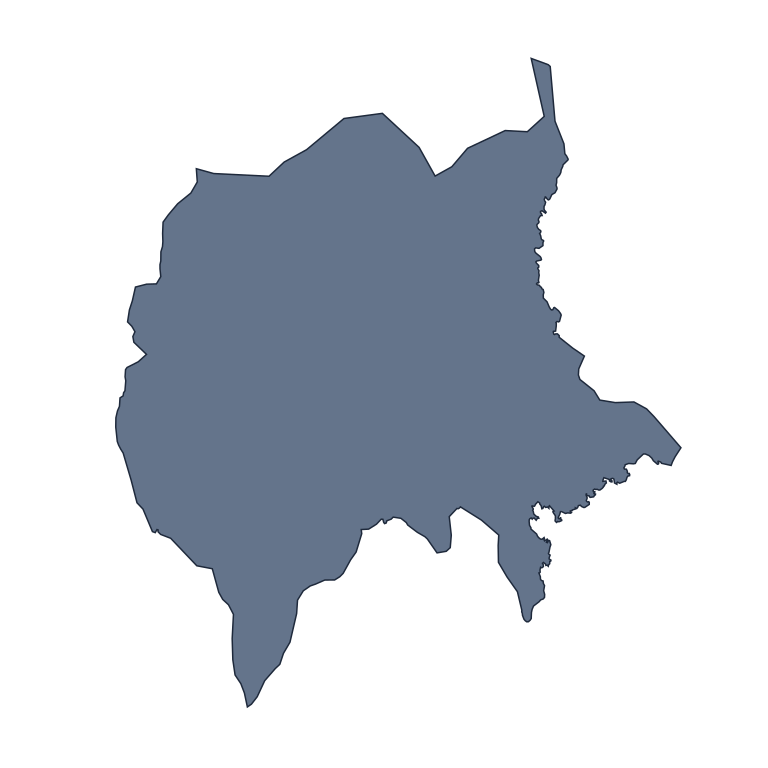 outline of Geidam, Yobe, Nigeria, rotated 166°
{"feature_id": "59680162B70118559758614", "entity_name": "Geidam", "entity_type": "district", "adm_level": 2, "iso_a3": "NGA", "parent_name": "Nigeria", "parent_adm1": "Yobe", "projection": "equal_earth", "projection_center": [11.91, 12.702], "detail": "fine", "context": "isolated", "style": "filled", "palette": "slate", "viewbox_px": 768, "rotation_deg": 166, "n_neighbors": 0, "source": "geoboundaries", "source_scale": "gbopen_adm2", "svg_char_len": 6171}
<svg xmlns="http://www.w3.org/2000/svg" viewBox="0 0 768 768"><g transform="rotate(166 384 384)"><path d="M653.8,380.2L652.6,351.8L652.4,328.5L648.1,320.9L644.4,296.8L641.9,295.1L639.5,297.7L638.5,297.1L639.0,295.3L637.1,292.1L628.3,285.9L609.6,252.9L595.3,246.3L594.7,221.8L592.6,214.0L588.3,207.4L585.8,196.9L592.9,173.7L597.4,153.0L598.9,137.7L595.4,127.9L594.2,118.0L594.7,103.7L590.1,105.4L582.7,111.2L571.5,125.0L558.3,134.2L552.9,137.2L546.7,147.0L537.7,156.2L524.3,182.4L520.2,195.2L512.3,202.9L504.4,205.9L498.9,206.4L488.9,208.1L479.3,205.8L473.5,207.7L469.4,210.2L458.9,221.5L451.7,227.7L441.8,244.2L441.3,248.3L434.0,246.9L425.2,249.8L419.4,253.5L417.8,253.0L417.8,249.8L417.2,248.4L415.5,248.6L414.3,250.6L409.8,251.1L407.3,252.6L400.1,249.6L395.9,244.2L395.1,241.4L387.6,232.1L381.2,225.9L379.4,223.1L373.4,207.3L364.1,206.6L359.3,209.2L355.3,221.0L352.8,239.5L343.3,245.6L342.3,245.0L340.6,245.5L339.6,246.3L322.4,228.4L309.2,209.7L312.3,199.7L316.1,183.3L311.3,167.0L304.8,150.2L305.0,131.1L305.5,129.6L305.3,127.8L305.6,126.0L305.1,121.9L304.2,120.1L303.0,118.7L301.3,118.4L299.3,119.5L297.9,120.8L296.2,126.6L294.8,129.5L292.6,132.4L286.0,135.3L284.3,136.6L281.5,136.9L279.9,138.1L279.0,141.0L279.1,144.8L277.0,149.5L277.6,151.8L277.3,154.4L278.7,155.2L279.4,156.7L278.9,159.3L279.4,163.1L278.9,163.0L278.0,163.6L277.6,165.9L276.4,168.3L275.7,167.6L274.8,167.6L273.5,168.3L273.2,170.1L273.6,171.7L272.5,172.3L270.9,170.3L270.8,168.8L269.6,168.8L268.7,167.4L268.0,168.8L266.7,169.5L266.1,171.8L265.1,171.8L264.6,172.7L266.1,174.3L265.7,175.6L264.2,177.8L265.2,179.0L265.4,180.0L264.7,180.7L262.4,185.6L261.0,187.7L261.2,191.9L262.1,192.5L263.8,190.5L264.7,191.1L263.1,193.3L263.2,194.0L266.2,193.0L266.4,194.4L265.7,195.2L265.8,196.3L268.2,195.1L269.7,195.7L271.2,197.7L271.9,199.4L272.2,201.5L276.5,207.7L276.2,209.0L277.0,211.7L276.4,215.6L275.9,217.2L275.1,218.0L273.6,218.4L272.9,217.0L272.0,217.7L270.7,217.6L269.3,215.0L267.5,216.7L266.3,216.3L266.4,217.6L268.4,218.9L270.1,221.6L270.0,224.5L270.3,225.6L269.6,226.1L269.4,227.0L270.1,229.3L269.8,229.9L267.8,229.0L267.3,229.2L266.0,230.7L263.2,232.5L261.8,231.0L261.9,229.9L261.0,228.0L261.0,224.7L260.0,224.8L258.7,226.4L258.0,226.6L257.0,225.1L255.1,225.1L254.1,223.5L253.6,225.4L252.9,225.9L249.7,219.6L250.9,219.4L251.0,218.6L249.6,214.7L250.3,211.8L251.0,210.3L251.0,209.3L250.0,207.9L248.8,208.6L247.6,208.0L246.6,208.1L244.6,208.5L244.4,209.0L245.1,209.9L244.9,211.4L245.3,211.6L245.9,210.8L246.7,210.8L247.3,211.5L247.2,212.5L245.1,214.8L243.6,217.5L242.5,217.2L239.3,214.5L237.0,214.5L234.1,213.5L233.2,213.9L234.1,215.1L233.9,215.8L232.1,215.6L231.8,216.2L228.6,216.4L228.3,217.6L227.2,216.5L225.9,217.4L224.8,219.0L222.8,218.9L222.0,217.4L220.0,215.8L219.0,215.7L214.0,217.5L213.5,219.3L213.8,220.3L214.9,220.2L215.8,221.2L215.9,222.0L214.6,223.9L214.4,224.7L214.8,227.2L214.5,228.3L214.1,228.3L214.3,227.2L214.0,226.7L212.0,225.8L211.8,224.7L211.4,224.1L207.9,223.8L206.7,225.0L205.7,225.3L205.4,226.1L206.7,226.7L206.8,227.3L205.7,227.9L205.5,228.4L206.9,229.0L206.8,230.3L206.3,230.7L205.0,231.1L204.0,230.4L202.7,230.3L201.2,229.1L200.1,228.9L197.6,229.9L196.1,230.9L195.8,231.7L194.9,231.8L193.9,233.3L192.2,234.2L192.1,236.2L195.2,236.6L194.6,238.1L193.3,239.9L188.4,236.8L188.7,235.4L187.3,234.0L186.4,233.9L186.2,234.9L187.1,236.3L186.6,237.2L184.8,237.1L183.9,236.1L184.3,232.2L182.3,230.4L181.9,232.0L181.2,232.3L179.3,230.7L174.4,231.4L173.4,231.1L172.1,232.4L170.8,234.7L169.5,235.7L167.9,235.6L167.5,236.5L167.7,237.9L168.6,238.0L169.4,239.1L169.0,240.4L169.4,242.7L171.3,243.3L171.5,244.6L170.1,246.1L169.5,247.3L165.8,247.7L161.3,246.2L159.4,246.1L156.7,249.1L149.3,253.3L147.4,252.9L144.1,250.4L142.1,247.3L141.2,244.4L138.1,240.0L137.1,240.0L136.6,240.8L137.1,242.2L136.6,242.8L135.1,241.9L134.2,241.0L133.9,239.9L125.1,235.5L122.9,238.7L119.1,243.0L111.3,250.3L129.8,286.9L135.2,296.3L145.8,306.1L164.1,310.0L178.5,316.2L181.8,326.6L192.8,341.0L193.2,345.7L191.4,351.5L182.8,362.6L192.3,373.3L202.7,386.9L202.3,388.6L203.6,390.7L205.2,391.1L206.7,390.8L207.2,391.3L207.2,393.6L206.9,394.1L204.7,393.8L202.8,398.7L202.2,401.0L202.3,402.1L201.0,402.8L199.5,402.0L198.5,402.4L195.4,408.0L195.6,409.5L196.9,412.8L200.0,417.0L200.7,417.0L202.3,415.2L203.5,415.3L204.3,416.3L205.1,419.1L205.9,424.3L208.6,428.8L207.9,432.0L206.7,434.2L206.7,437.2L207.7,438.1L207.9,439.7L208.8,440.6L209.3,442.1L211.3,443.2L211.8,444.2L210.7,445.1L209.6,444.7L209.1,445.0L209.1,447.3L207.1,452.0L206.9,454.7L206.2,456.4L206.9,458.9L206.7,459.4L205.5,460.0L205.2,461.6L206.8,464.3L207.1,465.3L206.9,466.0L205.8,466.4L201.8,466.2L201.1,466.7L201.2,468.8L201.7,470.0L204.9,474.2L205.7,476.1L205.2,478.8L203.8,479.4L200.8,478.1L196.3,479.8L195.5,482.9L194.6,483.9L194.5,484.6L196.1,486.0L196.3,487.0L196.1,489.9L196.6,492.5L195.6,492.9L194.9,494.0L194.9,494.9L196.5,496.8L197.3,498.8L197.3,501.2L196.9,501.8L194.7,503.1L194.3,504.2L194.6,505.7L194.0,507.1L191.4,509.5L189.8,509.2L190.0,511.3L190.7,512.3L190.4,513.6L188.8,513.9L186.0,510.7L185.1,511.5L186.3,513.9L186.4,515.1L185.7,517.7L184.6,518.8L183.2,521.3L183.8,522.9L183.8,524.6L183.0,525.3L182.3,526.5L181.9,526.3L180.6,523.4L179.7,522.8L178.4,523.4L175.3,527.2L171.8,528.2L168.9,531.4L168.7,532.8L169.0,535.3L167.8,537.5L166.7,541.7L163.3,544.1L162.0,545.5L161.1,546.8L160.3,548.9L157.9,551.9L157.2,553.4L151.4,556.8L150.9,557.6L151.7,561.1L152.8,563.7L151.3,573.5L154.5,597.6L145.9,651.9L147.4,654.1L162.4,664.3L163.8,604.9L183.9,594.1L205.1,600.6L245.9,592.5L265.6,578.4L284.1,573.4L292.7,605.1L320.1,647.0L358.6,651.3L402.4,630.1L427.2,623.5L445.3,613.4L498.3,629.4L514.0,638.3L516.3,625.2L525.2,616.0L540.6,608.8L552.2,600.4L559.2,594.5L562.4,583.6L564.1,575.7L565.7,570.9L568.5,566.2L570.8,557.4L572.5,554.0L573.5,549.9L574.6,542.2L580.6,536.2L590.2,538.3L601.7,538.2L608.1,525.5L613.1,517.5L617.8,506.3L614.7,501.0L613.0,495.0L616.2,490.8L616.6,485.0L607.3,470.2L617.1,465.0L629.3,462.2L631.3,460.5L633.5,453.6L633.8,449.6L637.0,440.1L638.8,438.5L640.0,435.6L643.5,434.4L646.1,426.3L649.1,422.4L652.3,416.1L654.7,407.1L656.7,392.8L656.3,389.0L655.2,384.4L653.8,380.2Z" fill="#64748b" stroke="#1e293b" stroke-width="1.5"/></g></svg>